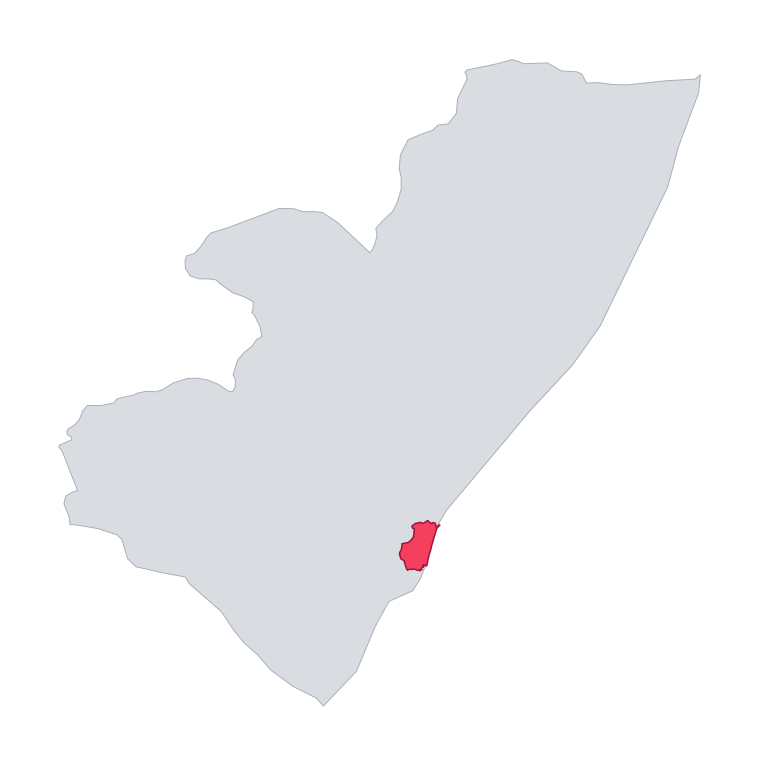 location of Mambah Kaba, Margibi, Liberia, rotated 268°
{"feature_id": "62588387B59975354142856", "entity_name": "Mambah Kaba", "entity_type": "district", "adm_level": 2, "iso_a3": "LBR", "parent_name": "Liberia", "parent_adm1": "Margibi", "projection": "orthographic", "projection_center": [-10.524, 6.256], "detail": "fine", "context": "in_parent", "style": "filled", "palette": "rose", "viewbox_px": 768, "rotation_deg": 268, "n_neighbors": 0, "source": "geoboundaries", "source_scale": "gbopen_adm2", "svg_char_len": 4468}
<svg xmlns="http://www.w3.org/2000/svg" viewBox="0 0 768 768"><g transform="rotate(268 384 384)"><path d="M64.3,312.2L72.6,305.2L84.7,282.8L101.7,261.2L117.5,248.5L130.0,235.3L143.3,225.2L162.2,213.5L191.2,182.5L198.0,178.9L202.7,157.4L209.9,130.1L218.3,121.6L238.0,116.6L242.6,111.8L249.6,92.6L254.1,70.2L254.4,65.3L262.2,64.8L275.5,59.9L283.2,62.1L286.6,68.5L288.3,74.0L328.5,59.9L332.0,57.0L334.2,57.5L339.2,70.1L342.1,69.3L344.6,65.7L347.2,65.3L350.4,67.0L353.5,72.9L358.7,78.2L367.4,81.9L372.9,86.9L372.3,100.4L374.5,113.5L378.3,116.5L380.3,124.3L381.4,132.9L383.5,137.4L385.0,146.1L384.2,155.4L385.8,161.9L392.3,173.2L396.3,187.4L396.4,197.4L394.1,208.0L389.8,217.7L382.3,228.3L381.7,232.5L386.2,235.2L392.9,235.7L398.6,233.6L412.9,238.4L420.3,245.3L426.9,253.9L432.9,258.2L435.6,263.6L445.7,262.1L457.4,256.9L459.8,254.4L463.3,255.7L470.9,256.2L476.2,246.8L480.4,236.0L489.5,224.2L494.0,219.7L495.1,212.2L495.6,202.5L498.8,194.1L506.3,189.5L514.4,189.5L518.9,191.2L521.1,199.3L527.7,205.5L533.3,209.7L536.3,211.5L541.0,216.3L545.4,232.6L563.1,285.4L562.3,300.0L558.9,309.5L558.8,318.9L557.7,328.1L547.1,343.2L515.8,374.2L518.2,376.9L525.8,380.4L533.4,382.2L539.7,381.2L547.6,388.9L556.1,398.6L565.1,403.6L578.1,408.0L589.4,408.4L599.0,406.7L612.6,408.5L627.1,416.5L632.3,429.7L635.8,441.2L640.9,447.1L641.6,457.1L652.0,465.8L666.6,467.5L685.7,477.6L690.5,477.1L692.6,475.8L694.9,477.7L699.9,507.4L703.7,523.2L701.7,529.5L699.2,534.6L699.2,558.6L690.6,572.4L689.3,587.5L686.9,592.5L677.7,596.9L677.7,608.5L675.3,622.5L674.4,637.4L677.2,676.4L677.8,705.5L681.9,711.0L664.0,708.6L611.2,686.7L570.5,674.2L434.2,601.9L396.3,572.9L352.7,529.5L255.7,442.1L233.6,428.1L205.8,421.2L188.6,413.8L176.5,405.7L166.6,381.4L142.4,367.0L97.8,346.4L64.3,312.2Z" fill="#d9dde1" stroke="#a8b0b8" stroke-width="1"/><path d="M203.3,398.8L203.1,398.8L200.9,399.3L198.8,400.1L198.4,400.1L198.2,400.2L197.6,400.6L197.2,400.8L197.3,400.8L197.2,400.9L197.3,401.0L197.6,402.0L197.8,402.2L197.8,402.4L197.9,403.7L197.9,403.8L197.9,404.0L197.7,404.8L197.6,405.0L197.7,405.4L197.7,405.6L197.9,406.1L198.0,406.5L198.0,406.8L198.0,407.1L198.0,407.4L197.7,408.3L197.6,408.5L197.5,409.0L197.3,409.5L197.2,409.6L197.1,409.8L196.6,411.2L196.5,411.3L196.5,411.6L196.6,411.8L196.6,412.0L196.6,412.3L196.6,412.5L196.6,412.8L196.6,413.0L196.3,413.0L196.2,413.2L196.2,413.3L196.3,413.3L196.2,413.4L196.2,413.5L196.2,413.8L196.5,414.2L196.6,414.3L197.0,414.7L197.1,415.0L197.3,415.3L198.1,414.6L198.3,414.8L198.6,415.0L199.0,415.4L199.2,416.0L199.5,416.7L199.8,416.7L199.9,416.8L199.9,417.0L200.1,417.0L200.4,417.0L201.0,416.6L201.5,416.7L201.8,416.7L201.7,417.0L201.5,417.5L201.5,418.8L200.9,418.9L200.9,420.2L200.9,420.4L204.1,421.2L204.6,421.3L207.7,422.0L211.4,423.0L211.9,423.2L215.7,424.6L218.9,425.5L220.6,425.9L220.9,426.0L224.6,427.3L229.7,428.9L233.2,430.1L234.0,430.4L237.1,431.4L238.3,432.2L239.4,433.0L240.3,434.0L240.7,434.7L240.8,434.8L240.9,434.7L241.2,434.4L241.2,434.0L241.0,433.6L240.7,433.4L240.2,433.0L239.4,432.4L239.2,431.8L239.4,431.2L239.6,431.1L239.8,430.9L240.4,430.8L240.5,430.9L240.8,430.8L242.2,430.6L242.5,430.5L243.0,430.3L243.4,430.0L243.6,429.2L243.7,428.9L243.8,428.7L243.7,428.3L243.7,428.2L243.4,427.5L243.0,426.9L243.1,426.4L243.3,426.1L243.7,425.2L244.1,424.8L245.7,423.2L245.8,423.2L245.8,422.8L245.8,422.6L245.6,422.3L245.5,421.9L244.9,421.2L244.5,420.1L244.3,419.8L244.1,419.5L243.7,419.0L243.5,418.3L243.4,417.8L243.4,417.6L243.5,417.4L243.6,417.1L244.1,416.3L244.2,416.1L244.5,415.3L244.5,415.2L244.4,415.1L244.3,414.8L244.2,413.7L244.0,412.8L243.9,412.4L243.8,411.9L243.7,411.6L243.6,410.9L243.6,410.7L243.5,410.3L243.3,410.1L243.0,409.7L242.0,408.5L241.7,407.8L241.6,407.3L240.1,407.0L238.7,407.7L238.4,408.8L238.3,409.1L238.2,409.1L237.4,409.2L235.7,408.8L233.7,408.8L233.6,408.7L233.1,408.7L231.8,408.5L231.3,408.2L230.3,408.4L230.1,408.1L229.7,407.5L229.6,407.4L228.2,406.7L227.4,405.7L227.1,405.4L225.7,404.1L225.3,403.4L225.1,402.9L224.8,402.4L224.7,402.1L224.5,401.7L224.5,401.1L224.4,400.5L224.2,398.8L224.1,398.3L223.8,396.9L223.7,396.5L222.9,396.5L220.4,396.0L220.1,395.9L219.8,395.9L218.3,395.7L218.0,395.5L216.8,395.1L216.2,394.6L215.8,394.3L215.5,394.0L215.3,393.8L214.6,393.8L214.4,393.8L212.9,393.5L212.8,394.0L211.9,394.1L211.6,394.1L211.4,394.1L210.0,394.4L209.7,394.4L208.9,394.6L208.7,394.8L208.0,396.0L207.8,396.2L206.6,397.9L206.5,398.0L206.1,398.2L204.0,398.4L203.3,398.8Z" fill="#f43f5e" stroke="#9f1239" stroke-width="1.5"/></g></svg>